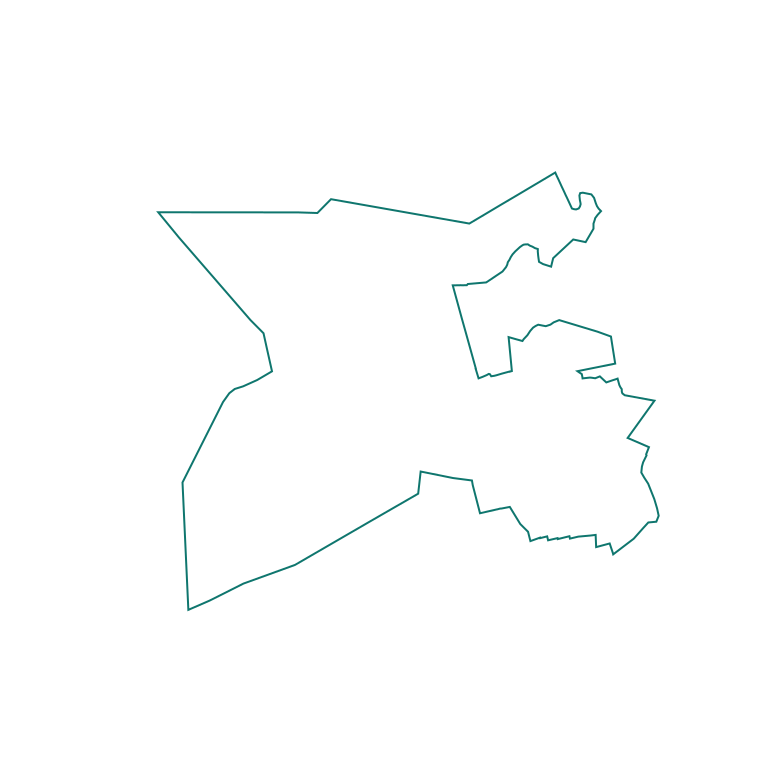 Magdalena Apasco, Oaxaca, Mexico (orthographic projection), rotated 248°
{"feature_id": "50627088B71310669163149", "entity_name": "Magdalena Apasco", "entity_type": "district", "adm_level": 2, "iso_a3": "MEX", "parent_name": "Mexico", "parent_adm1": "Oaxaca", "projection": "orthographic", "projection_center": [-96.817, 17.249], "detail": "fine", "context": "isolated", "style": "outline", "palette": "teal", "viewbox_px": 768, "rotation_deg": 248, "n_neighbors": 0, "source": "geoboundaries", "source_scale": "gbopen_adm2", "svg_char_len": 2674}
<svg xmlns="http://www.w3.org/2000/svg" viewBox="0 0 768 768"><g transform="rotate(248 384 384)"><path d="M627.8,239.0L596.8,248.7L493.4,284.1L476.2,291.3L460.7,288.7L437.7,284.9L435.2,267.9L434.6,252.5L435.3,243.7L433.4,237.1L427.6,228.0L368.2,160.3L247.9,118.0L248.5,141.2L251.6,178.9L249.6,233.7L261.9,320.2L269.5,374.6L289.1,385.2L271.0,412.7L261.6,429.4L257.0,428.4L228.2,424.6L225.8,439.5L225.5,441.4L225.3,442.3L225.2,443.2L225.1,444.0L225.0,444.9L224.5,446.4L222.9,454.6L203.1,457.9L193.0,462.2L183.5,460.9L183.1,471.1L182.6,471.0L181.6,478.2L177.6,477.6L176.1,487.2L175.1,487.0L173.4,498.9L171.0,498.5L169.7,507.0L166.2,518.5L164.8,523.7L153.3,519.6L151.6,533.5L141.8,532.9L140.2,532.7L147.0,557.6L153.3,570.3L156.6,577.2L154.3,584.9L158.9,589.3L166.4,590.6L176.0,591.5L192.6,591.6L199.8,590.2L205.5,589.4L210.8,592.2L214.3,594.9L219.5,600.7L220.6,600.7L226.2,606.0L242.7,589.7L267.2,628.5L283.4,603.0L286.0,601.5L287.7,601.6L290.2,602.5L292.2,602.0L294.8,601.8L300.8,602.5L301.5,602.6L301.6,600.2L301.8,597.7L302.2,590.7L310.2,587.0L310.2,582.0L311.3,580.1L312.0,578.9L312.8,577.4L314.2,572.4L314.8,570.2L316.4,570.6L319.1,571.1L321.7,569.3L323.4,568.2L316.3,606.0L333.6,610.0L343.0,612.2L352.5,601.6L377.6,570.4L377.6,564.4L376.7,560.6L377.0,555.7L378.7,553.0L381.2,549.2L381.0,546.3L380.4,543.3L378.4,539.4L375.5,535.2L373.2,530.2L372.0,528.5L372.5,527.8L374.3,525.5L374.9,524.7L375.5,523.9L380.8,517.1L348.1,507.4L348.3,505.3L348.5,505.3L349.5,496.9L350.0,491.4L350.3,489.3L350.8,487.2L351.0,486.3L352.7,486.0L353.5,485.8L354.1,484.9L353.8,482.7L353.7,478.3L353.7,477.7L353.8,473.8L363.8,474.7L363.8,474.9L391.2,478.0L401.9,479.2L415.5,480.7L449.7,484.7L449.0,486.5L447.9,489.4L447.1,491.3L447.1,491.5L445.9,494.4L444.6,497.8L445.3,499.2L439.9,516.8L443.9,536.0L446.7,541.0L448.5,543.0L450.5,544.4L452.2,546.9L454.1,549.0L456.0,551.7L457.8,555.4L458.7,557.8L460.0,561.2L460.7,564.1L460.9,565.6L460.5,567.2L459.6,569.7L457.7,571.0L455.7,573.1L453.4,574.9L452.1,576.5L451.5,577.2L449.2,576.2L445.2,575.0L442.9,574.4L439.2,573.5L435.6,576.4L430.2,582.9L433.3,585.1L437.3,588.0L447.1,613.6L440.0,624.1L449.5,636.4L454.2,638.3L457.6,641.2L458.0,641.4L458.8,642.1L460.8,645.4L463.0,650.0L466.2,648.7L469.1,648.1L472.4,648.1L477.9,648.5L482.1,647.3L486.9,640.0L487.5,637.4L485.6,635.8L483.2,635.1L481.1,634.5L478.8,634.1L477.1,633.7L475.2,632.2L473.8,630.3L473.9,627.5L474.9,625.7L476.3,624.0L488.4,623.4L491.2,623.2L493.8,623.1L497.5,622.9L500.7,622.7L503.2,622.6L509.4,622.3L512.3,622.1L515.9,622.0L511.5,593.3L509.2,578.3L506.4,559.6L503.4,540.3L500.8,523.2L575.2,404.1L567.5,386.3L575.3,368.6L627.8,239.0Z" fill="none" stroke="#0f766e" stroke-width="2"/></g></svg>